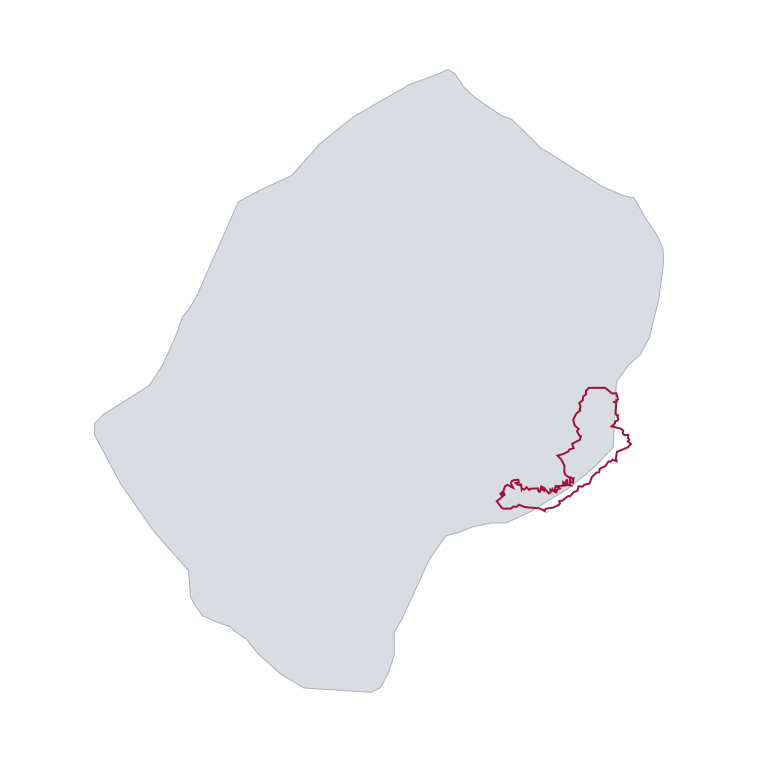 location of Tsoelikana, Qacha's Nek, Lesotho, rotated 353°
{"feature_id": "5366337B78317491468351", "entity_name": "Tsoelikana", "entity_type": "district", "adm_level": 2, "iso_a3": "LSO", "parent_name": "Lesotho", "parent_adm1": "Qacha's Nek", "projection": "robinson", "projection_center": [28.859, -29.907], "detail": "medium", "context": "in_parent", "style": "outline", "palette": "rose", "viewbox_px": 768, "rotation_deg": 353, "n_neighbors": 0, "source": "geoboundaries", "source_scale": "gbopen_adm2", "svg_char_len": 2945}
<svg xmlns="http://www.w3.org/2000/svg" viewBox="0 0 768 768"><g transform="rotate(353 384 384)"><path d="M513.3,528.8L490.8,536.0L487.6,536.7L473.2,535.0L453.9,536.7L438.7,540.7L426.9,542.2L407.8,563.2L373.0,619.8L363.8,631.6L361.2,653.8L353.2,671.4L343.3,685.1L333.7,688.4L304.6,683.0L267.4,675.9L245.7,658.9L226.3,636.5L216.1,620.2L205.4,611.2L201.8,606.2L186.6,598.7L180.9,594.8L175.8,592.0L169.7,581.1L166.0,571.7L167.3,545.5L156.6,529.9L138.2,503.2L126.5,481.3L110.6,451.4L100.8,425.9L90.6,399.4L91.9,388.0L101.4,380.2L129.5,366.9L151.3,356.6L166.9,337.7L183.9,309.6L192.2,292.6L200.4,284.9L209.5,272.9L225.2,246.4L242.8,217.0L261.6,185.4L285.4,176.3L317.9,165.7L349.1,138.1L386.4,114.9L446.5,89.6L474.6,83.2L485.2,79.6L492.0,84.3L499.2,98.8L509.4,110.9L533.1,131.9L543.2,137.0L567.7,168.1L593.9,189.5L624.0,214.1L644.6,226.3L655.0,229.7L663.7,251.5L672.4,267.7L677.4,282.9L676.4,297.6L666.8,333.8L652.9,370.7L641.8,386.0L628.2,395.7L614.9,410.3L609.8,439.9L603.8,474.7L586.5,489.1L573.0,498.5L554.4,510.0L513.3,528.8Z" fill="#d9dde1" stroke="#a8b0b8" stroke-width="1"/><path d="M481.6,514.2L485.9,521.4L488.0,522.4L494.8,523.1L497.3,521.4L500.6,522.1L503.3,520.3L508.6,523.3L522.9,526.3L528.0,529.6L527.7,528.4L530.9,527.4L536.8,527.3L543.1,525.1L544.0,524.2L543.6,521.6L546.4,521.5L553.2,517.7L554.8,518.1L559.4,514.4L563.1,513.3L564.6,509.3L568.5,510.1L570.7,508.3L575.8,507.9L578.9,501.8L584.0,497.9L586.8,497.8L587.8,494.5L594.0,492.2L597.4,488.2L599.8,488.7L601.6,486.9L605.4,489.0L605.1,485.9L607.0,479.7L618.2,476.6L621.8,473.7L619.0,470.8L620.6,469.2L619.6,467.5L620.2,464.3L616.4,464.1L614.9,462.2L615.8,459.5L613.6,457.2L604.7,453.8L608.4,451.3L608.7,449.4L611.6,448.8L612.3,446.9L611.6,445.1L612.6,443.6L610.9,443.0L610.3,441.1L612.2,431.3L610.3,429.9L613.3,429.2L613.0,428.1L614.4,427.5L613.4,421.5L609.2,421.2L603.0,414.7L587.0,412.8L583.6,415.3L583.3,418.6L580.0,421.0L579.4,424.2L575.5,426.7L576.4,430.4L575.1,432.7L575.6,434.0L571.0,437.1L567.4,442.6L568.3,448.6L571.7,452.3L569.8,454.4L571.5,458.9L573.1,459.7L571.7,463.2L563.5,466.3L564.4,470.8L560.0,471.6L558.5,473.6L552.8,475.5L547.5,476.2L550.8,480.6L553.2,487.2L552.2,492.8L552.8,496.0L556.9,500.0L557.7,499.2L559.3,501.0L560.6,500.7L559.5,505.0L557.5,503.9L556.9,501.2L555.9,505.6L557.2,507.4L553.4,506.4L554.0,500.9L551.8,504.9L549.9,503.2L549.8,505.5L551.1,506.8L544.6,506.5L545.9,509.1L544.4,509.4L544.2,507.8L542.0,506.2L540.2,510.4L543.1,510.0L541.7,512.6L538.8,510.8L538.2,508.8L537.0,510.3L536.3,509.3L535.9,512.1L534.1,512.6L530.9,507.5L530.1,509.6L528.2,508.3L529.6,506.3L527.7,504.8L525.5,510.1L524.2,509.2L524.0,506.3L516.6,505.8L515.2,506.8L512.9,503.8L510.3,505.9L508.4,504.6L507.8,505.5L507.8,500.5L505.0,500.6L502.6,498.4L505.9,498.2L505.6,495.4L501.2,495.2L498.8,496.1L497.9,498.2L499.5,502.8L494.2,499.1L491.5,500.4L489.3,505.2L486.2,507.0L487.1,508.5L489.7,506.9L490.2,508.6L481.6,514.2Z" fill="none" stroke="#9f1239" stroke-width="2"/></g></svg>